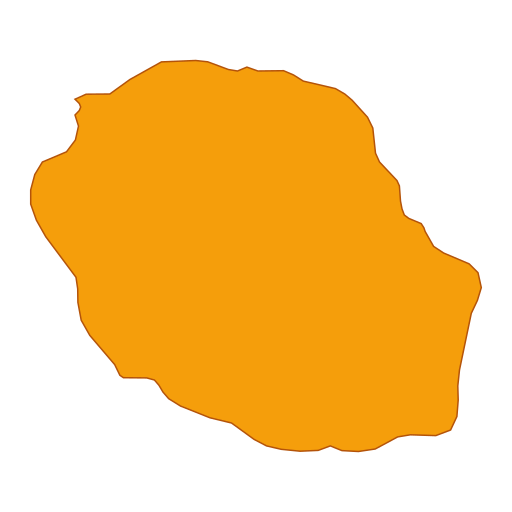 map outline of La Réunion (orthographic projection)
{"feature_id": "FRA-4601", "entity_name": "La Réunion", "entity_type": "Overseas department", "adm_level": 1, "iso_a3": "FRA", "parent_name": "France", "parent_adm1": "", "projection": "orthographic", "projection_center": [55.548, -21.116], "detail": "fine", "context": "isolated", "style": "filled", "palette": "amber", "viewbox_px": 512, "rotation_deg": 0, "n_neighbors": 0, "source": "natural_earth", "source_scale": "10m", "svg_char_len": 1104}
<svg xmlns="http://www.w3.org/2000/svg" viewBox="0 0 512 512"><path d="M433.6,246.4L443.6,253.0L469.2,263.9L478.0,272.7L481.3,287.6L477.4,300.4L471.3,313.3L459.5,369.9L457.8,385.9L458.2,400.1L456.9,416.5L450.6,430.0L435.8,435.6L410.4,434.8L397.7,436.9L375.2,449.0L358.4,451.5L341.9,450.6L330.3,445.9L318.2,450.4L300.1,451.2L281.2,449.3L266.5,445.9L254.1,439.4L231.5,423.0L210.0,417.8L180.6,406.1L168.7,398.7L163.0,392.1L158.9,385.2L154.4,380.0L146.7,377.9L123.4,377.7L119.9,375.3L114.7,364.6L89.8,335.4L81.2,320.2L77.9,302.4L77.7,288.9L76.0,277.3L45.8,236.8L36.4,220.2L30.7,204.1L30.7,189.9L34.8,174.5L42.4,162.0L66.5,151.8L75.4,140.0L78.5,126.1L75.0,115.0L79.3,110.5L80.7,107.0L79.3,103.5L75.0,99.2L86.1,94.2L109.8,94.0L129.9,79.5L161.4,61.9L195.7,60.5L207.7,61.8L228.4,69.5L237.5,71.0L246.9,67.1L257.9,71.0L283.6,70.7L293.6,75.0L303.3,81.1L335.5,88.6L344.9,94.1L352.1,100.2L367.5,117.2L372.8,128.0L375.5,153.2L379.5,162.0L397.0,180.6L399.4,185.9L400.5,201.1L402.0,208.9L404.3,215.0L408.8,218.4L421.2,223.6L423.9,227.8L425.1,231.4L433.6,246.4Z" fill="#f59e0b" stroke="#b45309" stroke-width="1.5"/></svg>